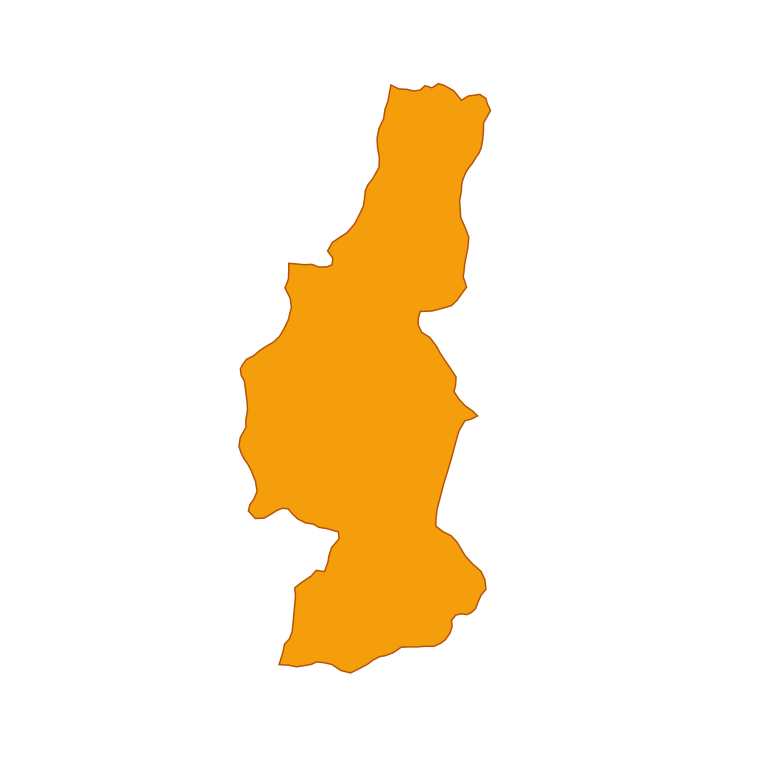 Catanduva, São Paulo, Brazil, rotated 328°
{"feature_id": "56859067B89328127928865", "entity_name": "Catanduva", "entity_type": "district", "adm_level": 2, "iso_a3": "BRA", "parent_name": "Brazil", "parent_adm1": "São Paulo", "projection": "robinson", "projection_center": [-48.958, -21.13], "detail": "fine", "context": "isolated", "style": "filled", "palette": "amber", "viewbox_px": 768, "rotation_deg": 328, "n_neighbors": 0, "source": "geoboundaries", "source_scale": "gbopen_adm2", "svg_char_len": 2667}
<svg xmlns="http://www.w3.org/2000/svg" viewBox="0 0 768 768"><g transform="rotate(328 384 384)"><path d="M576.8,152.7L570.6,153.9L564.6,151.4L559.4,146.1L553.0,141.7L548.3,134.1L542.8,140.1L537.4,146.1L530.6,151.4L524.2,158.9L519.7,161.7L515.1,164.7L508.4,171.9L503.7,180.3L500.1,189.4L494.7,197.6L483.4,203.8L475.6,206.7L470.6,210.2L465.6,216.7L460.5,222.4L454.8,226.1L444.4,232.4L437.9,234.6L432.2,236.1L425.1,236.2L415.4,236.5L406.7,241.2L407.2,250.3L403.1,255.3L398.0,254.5L390.9,250.5L386.2,244.3L379.5,240.5L373.9,236.2L367.2,231.2L362.8,238.1L358.6,244.3L351.0,250.0L349.8,261.9L346.0,270.1L342.0,273.8L336.8,278.9L328.4,284.2L320.8,288.2L312.6,289.9L301.4,289.6L296.0,289.8L288.7,291.0L280.7,290.2L274.8,292.4L270.1,295.2L267.4,301.2L267.2,307.2L263.6,315.4L258.0,327.5L254.2,334.1L247.9,341.1L244.1,347.5L233.7,353.3L228.0,359.9L226.4,366.1L225.6,372.7L226.1,379.4L225.4,387.8L223.4,398.6L219.4,407.9L212.3,412.9L206.3,415.2L201.7,419.8L203.6,429.9L211.5,434.3L221.3,434.5L226.7,434.5L231.8,435.5L236.5,438.9L237.5,445.7L239.4,452.9L243.8,460.0L250.1,465.7L252.8,471.0L258.5,476.0L266.9,485.2L263.9,491.4L252.8,495.0L246.2,500.6L242.2,505.2L234.1,511.6L227.8,506.1L220.5,508.3L215.3,508.4L208.0,508.7L200.3,509.6L196.2,517.5L181.6,536.7L175.1,545.1L169.1,549.9L161.7,552.0L156.1,558.0L146.3,566.4L154.2,572.0L159.8,577.4L167.8,580.8L173.5,583.2L179.7,584.0L185.9,589.0L191.2,594.2L195.4,603.8L202.5,611.3L212.6,612.3L221.6,612.9L228.9,612.3L235.8,612.9L241.2,615.1L249.2,616.7L258.8,616.3L264.2,619.2L272.4,624.3L280.0,628.3L287.3,632.9L295.2,633.9L300.9,633.3L308.2,630.1L313.2,625.8L316.1,620.2L322.4,618.0L327.8,619.9L332.1,623.5L337.1,624.1L342.7,623.0L348.4,618.6L354.5,614.5L361.8,612.0L365.8,603.5L367.0,594.4L363.9,584.0L361.8,573.1L362.0,562.7L362.1,556.4L360.5,548.3L355.8,540.5L352.6,531.9L357.1,525.3L362.3,518.7L381.4,500.6L393.9,489.8L399.8,484.6L406.6,478.3L416.4,469.1L422.7,463.5L433.0,458.1L439.8,460.0L446.4,460.6L444.9,454.0L441.2,445.5L439.5,436.2L439.3,427.7L444.2,422.7L448.8,416.3L448.5,402.6L448.2,396.4L448.0,387.4L448.5,380.0L447.5,368.6L443.3,360.1L444.4,351.9L448.0,346.4L453.1,341.7L463.4,347.5L470.8,349.9L476.3,351.5L483.0,353.3L490.4,351.7L500.4,347.5L505.3,345.7L508.0,335.1L512.1,330.1L516.0,325.0L527.1,313.2L533.6,304.6L535.7,294.6L537.2,283.6L540.9,276.7L545.3,268.5L551.6,261.7L555.6,255.9L559.4,252.3L565.7,247.8L570.6,245.5L576.5,243.4L582.2,240.5L587.2,238.4L591.8,235.0L597.2,229.0L602.3,222.3L606.8,215.4L612.5,212.2L619.2,208.6L620.0,201.6L621.7,195.6L618.7,189.1L607.9,184.4L600.0,184.4L598.6,172.5L593.4,162.9L589.3,158.1L581.7,158.3L576.8,152.7Z" fill="#f59e0b" stroke="#b45309" stroke-width="1.5"/></g></svg>